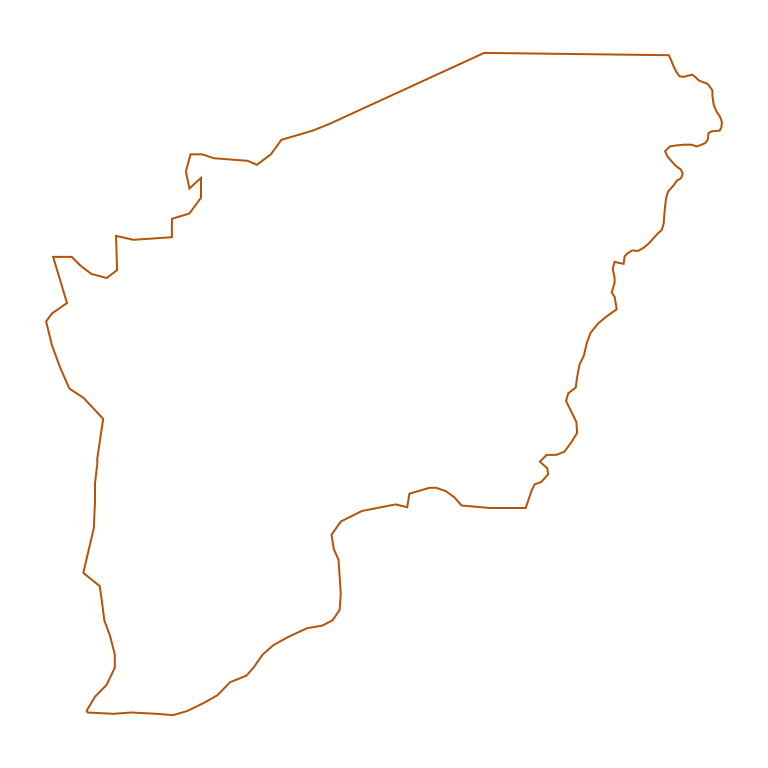 outline of Kampar, Perak, Malaysia
{"feature_id": "92858781B88195291987558", "entity_name": "Kampar", "entity_type": "district", "adm_level": 2, "iso_a3": "MYS", "parent_name": "Malaysia", "parent_adm1": "Perak", "projection": "robinson", "projection_center": [101.24, 4.393], "detail": "fine", "context": "isolated", "style": "outline", "palette": "amber", "viewbox_px": 768, "rotation_deg": 0, "n_neighbors": 0, "source": "geoboundaries", "source_scale": "gbopen_adm2", "svg_char_len": 2108}
<svg xmlns="http://www.w3.org/2000/svg" viewBox="0 0 768 768"><path d="M668.8,55.2L484.1,52.9L329.2,124.0L312.8,130.6L281.4,139.8L270.9,154.3L256.9,164.8L247.6,160.8L230.1,159.5L213.8,158.2L202.2,154.3L190.5,154.3L185.9,171.4L189.4,188.5L201.0,177.9L201.0,197.7L189.4,213.5L171.9,218.8L171.9,237.2L133.5,239.8L116.0,235.9L117.1,270.1L106.7,278.0L91.5,274.0L81.0,266.1L71.7,256.9L53.1,256.9L67.0,303.0L51.9,313.5L46.1,321.4L51.9,345.1L60.1,367.5L69.4,388.6L83.4,397.8L103.2,418.9L100.8,434.7L97.3,458.4L97.3,463.6L95.0,483.4L95.0,501.8L93.8,528.1L83.3,572.9L99.7,586.1L102.0,601.9L104.3,620.3L110.1,636.1L114.8,654.5L114.8,667.7L106.6,684.8L95.0,696.7L86.7,710.6L87.5,712.5L113.6,713.8L131.1,712.5L156.7,713.8L173.0,715.1L187.0,711.1L203.3,703.2L217.3,695.3L230.1,682.2L246.4,675.6L253.4,667.7L262.7,654.5L273.2,645.3L287.2,637.4L307.0,628.2L322.2,625.6L332.6,620.3L339.6,609.8L340.8,594.0L338.5,559.7L333.8,549.2L331.5,534.7L340.8,521.5L361.8,511.0L395.6,504.4L407.2,507.2L409.4,493.7L429.5,487.8L436.2,487.8L445.9,491.2L454.1,497.1L461.6,505.5L489.9,508.0L525.7,508.0L531.7,490.3L534.6,484.4L541.4,481.9L548.1,474.3L547.3,468.4L539.9,461.7L546.6,454.9L556.3,454.9L564.5,451.6L571.9,441.4L577.1,433.0L576.4,422.1L571.9,412.8L566.0,401.0L568.2,393.4L575.7,387.5L577.1,377.4L579.4,364.8L583.9,355.5L586.8,342.9L590.6,332.8L598.0,323.5L606.2,316.7L616.7,309.2L614.6,296.8L611.7,292.5L614.6,282.8L614.6,277.9L612.7,268.8L614.6,261.8L618.4,262.8L623.6,263.9L624.6,256.4L627.0,253.7L632.2,250.4L637.9,251.0L643.7,247.7L648.9,243.4L652.7,239.1L657.5,233.7L661.8,229.9L663.7,223.5L664.2,215.9L665.1,206.2L666.1,198.1L668.0,191.7L673.7,185.2L676.6,180.9L680.9,178.2L682.8,173.9L680.9,169.6L675.6,165.8L671.3,160.9L667.5,156.6L665.1,151.2L669.9,146.4L677.1,145.3L684.2,144.7L691.4,144.7L696.6,146.4L700.0,145.3L705.2,143.1L707.6,139.9L708.6,132.9L711.9,131.3L719.5,130.7L721.4,127.5L721.9,122.1L720.0,116.7L716.7,111.9L713.8,105.4L712.4,95.7L712.4,90.3L707.6,83.8L699.0,80.6L695.7,77.4L692.3,74.7L683.7,76.8L679.5,76.3L676.1,71.4L673.7,66.6L671.3,60.6L668.8,55.2Z" fill="none" stroke="#b45309" stroke-width="2"/></svg>